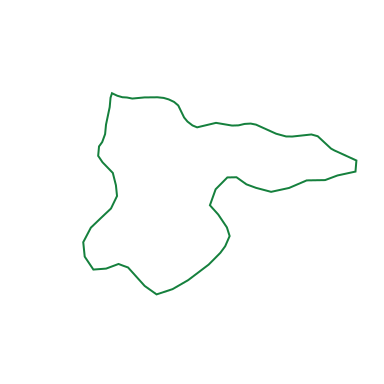 Pakchon, P'yŏngan-bukto, North Korea (Equal Earth projection), rotated 215°
{"feature_id": "82179303B99885007667227", "entity_name": "Pakchon", "entity_type": "district", "adm_level": 2, "iso_a3": "PRK", "parent_name": "North Korea", "parent_adm1": "P'yŏngan-bukto", "projection": "equal_earth", "projection_center": [125.607, 39.693], "detail": "fine", "context": "isolated", "style": "outline", "palette": "green", "viewbox_px": 384, "rotation_deg": 215, "n_neighbors": 0, "source": "geoboundaries", "source_scale": "gbopen_adm2", "svg_char_len": 1074}
<svg xmlns="http://www.w3.org/2000/svg" viewBox="0 0 384 384"><g transform="rotate(215 192 192)"><path d="M314.2,227.0L312.8,222.5L308.1,214.3L303.4,203.3L301.1,197.9L296.4,189.6L294.2,181.4L294.3,176.0L289.6,167.8L282.3,165.0L267.8,162.2L258.2,153.9L251.1,145.7L248.9,132.0L251.7,118.4L254.4,104.8L252.3,88.5L242.8,77.5L228.3,71.9L218.4,80.0L210.9,90.9L205.8,92.2L201.1,93.5L189.0,90.7L176.9,87.9L162.3,87.8L152.2,101.3L144.6,117.6L136.7,142.1L133.9,158.4L133.7,166.6L135.9,177.5L143.1,183.0L157.6,188.6L169.7,191.4L174.2,207.8L171.4,224.2L164.0,229.6L151.8,229.5L142.0,232.1L127.3,237.5L114.8,251.0L104.7,267.3L89.8,278.1L82.3,289.0L74.8,297.1L69.8,302.5L75.4,312.1L99.3,307.7L103.0,307.3L121.0,309.8L127.2,307.6L141.5,295.1L146.7,291.5L156.5,288.0L162.8,286.8L178.2,283.9L183.2,281.7L188.0,277.9L192.1,273.3L197.3,269.4L212.0,262.4L224.9,247.9L229.8,246.8L236.1,247.1L241.2,248.5L252.9,255.0L258.4,255.5L264.2,254.5L269.2,252.8L274.6,249.8L285.2,242.2L294.5,234.3L299.5,232.1L303.4,229.7L308.4,228.0L314.2,227.0Z" fill="none" stroke="#15803d" stroke-width="2"/></g></svg>